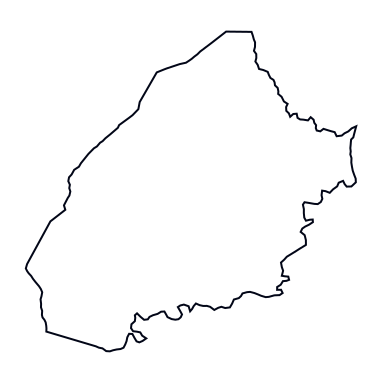 Coronel João Sá, Bahia, Brazil, rotated 272°
{"feature_id": "56859067B3761453867009", "entity_name": "Coronel João Sá", "entity_type": "district", "adm_level": 2, "iso_a3": "BRA", "parent_name": "Brazil", "parent_adm1": "Bahia", "projection": "robinson", "projection_center": [-37.952, -10.285], "detail": "fine", "context": "isolated", "style": "outline", "palette": "ink", "viewbox_px": 384, "rotation_deg": 272, "n_neighbors": 0, "source": "geoboundaries", "source_scale": "gbopen_adm2", "svg_char_len": 3090}
<svg xmlns="http://www.w3.org/2000/svg" viewBox="0 0 384 384"><g transform="rotate(272 192 192)"><path d="M332.7,195.3L329.8,192.6L327.4,189.6L325.1,187.1L323.2,184.6L321.0,181.5L319.4,175.3L314.6,162.4L313.5,159.8L310.3,152.6L280.1,136.6L272.9,135.5L266.7,129.9L264.0,126.6L256.3,116.8L253.6,115.7L246.7,108.2L242.7,103.6L239.7,100.9L238.0,98.4L234.2,95.4L232.3,92.5L226.5,87.2L216.9,80.0L213.3,78.1L210.1,73.5L205.3,71.1L202.4,68.6L198.5,68.0L195.0,69.7L191.6,69.2L188.3,70.4L184.2,69.6L181.8,68.1L174.2,64.5L169.8,66.0L157.7,51.5L114.2,29.7L109.8,28.6L107.2,30.0L105.1,31.6L102.5,34.2L99.7,36.1L96.7,38.6L92.5,42.4L89.8,44.3L86.6,45.8L82.5,45.2L79.5,44.4L74.9,45.1L71.5,45.1L68.0,46.4L63.9,46.3L61.4,47.0L59.2,48.9L56.6,50.3L53.2,51.0L50.6,51.3L47.4,51.3L34.4,101.4L33.2,104.3L32.6,108.0L30.0,111.8L29.9,115.5L31.1,118.7L32.0,122.2L32.6,126.1L34.0,129.0L37.3,130.6L40.7,131.8L44.5,132.4L48.1,134.1L48.0,137.4L44.2,139.6L40.8,141.8L39.9,144.6L41.4,147.8L44.1,151.4L46.7,147.2L49.9,145.2L50.5,141.7L50.8,138.0L53.8,135.8L57.7,136.1L60.9,139.4L64.3,139.7L66.8,139.2L68.8,141.3L65.4,145.0L62.6,148.6L63.2,152.3L65.7,153.9L67.5,157.3L69.0,161.9L71.3,165.3L71.6,168.6L68.7,170.4L66.1,171.9L64.3,176.1L63.8,179.8L64.4,182.9L66.4,185.1L69.3,186.3L72.7,184.3L76.5,181.9L78.2,184.3L79.2,187.8L77.7,192.6L72.7,194.3L75.1,196.2L78.1,197.7L80.7,199.8L79.2,203.5L78.5,207.2L78.7,210.8L77.9,214.1L74.9,218.4L77.2,222.3L78.3,225.4L77.2,229.2L78.0,233.9L81.9,236.0L86.0,237.6L87.6,242.5L89.7,244.6L92.4,246.0L93.8,250.4L94.2,253.5L93.2,257.9L91.9,261.6L90.7,264.7L89.5,269.3L89.9,272.5L91.6,277.9L92.0,283.1L94.2,286.1L97.4,284.4L97.2,280.5L100.0,280.4L102.4,283.9L106.1,286.0L106.5,289.5L107.6,292.1L110.8,291.2L111.0,287.7L111.4,284.7L116.5,285.8L120.1,284.4L124.6,283.4L127.6,286.5L130.6,289.0L133.3,293.1L136.5,297.9L139.0,301.5L143.1,307.7L147.9,307.5L152.8,306.1L155.9,302.0L159.3,303.5L161.4,306.3L163.4,310.1L166.1,313.9L168.7,313.6L168.4,310.7L167.3,306.9L170.3,305.1L174.8,304.5L178.8,304.4L183.2,303.3L185.7,304.8L185.2,308.9L184.4,314.6L184.3,318.1L186.5,321.1L189.7,322.5L193.3,321.6L197.9,322.0L197.5,325.4L196.0,329.7L199.6,332.9L202.7,336.9L206.4,338.3L208.4,342.6L205.2,344.3L202.8,346.4L203.1,351.1L207.4,355.4L211.1,355.1L214.8,353.5L218.9,351.9L222.8,351.0L226.9,350.2L231.5,350.2L235.1,348.9L238.1,349.2L241.4,348.7L244.6,348.9L247.1,349.0L250.0,349.2L252.2,351.3L255.1,351.9L263.4,353.8L261.2,349.4L258.0,346.1L256.0,342.4L253.6,339.7L252.8,334.6L256.8,332.5L257.7,328.5L258.7,324.8L259.7,321.2L257.1,318.1L257.8,314.5L260.2,313.5L263.1,313.7L265.4,311.8L268.5,311.0L270.9,308.0L267.6,305.4L268.2,300.7L268.3,297.5L269.8,294.9L273.9,293.9L273.5,290.5L270.6,287.5L274.0,286.1L276.4,283.4L280.2,283.1L283.4,284.5L285.7,280.7L290.3,278.2L293.0,274.7L295.6,274.8L299.0,274.0L301.5,271.2L304.5,270.7L306.9,269.5L308.7,266.4L311.8,264.7L314.7,263.5L316.4,259.0L317.3,254.7L321.4,253.2L324.6,250.8L328.1,251.6L332.1,251.4L335.2,249.0L339.2,249.9L343.8,249.8L346.6,248.5L350.5,247.3L354.1,245.9L353.5,220.5L341.8,206.5L332.7,195.3Z" fill="none" stroke="#020617" stroke-width="2"/></g></svg>